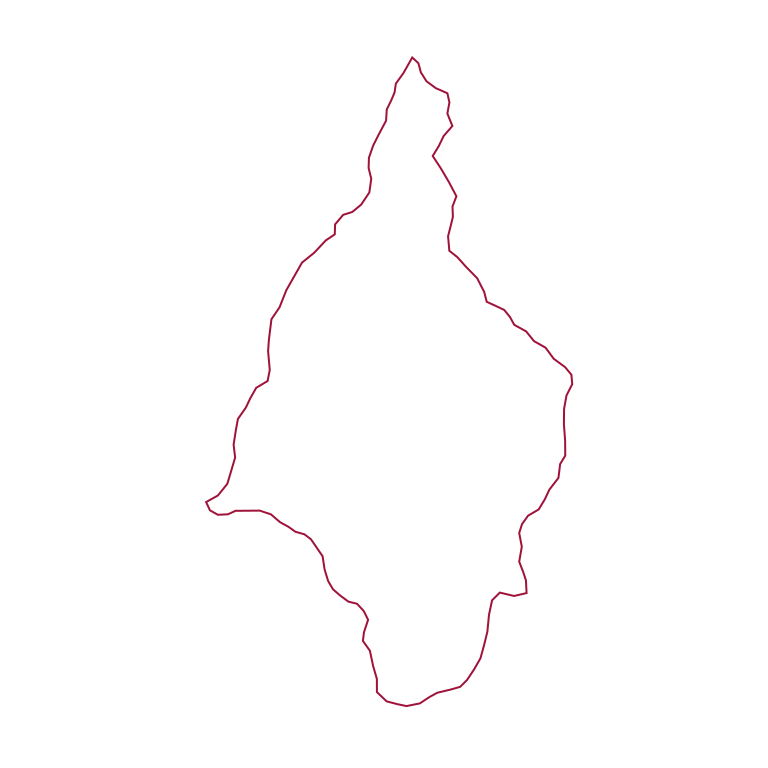 Bilac, São Paulo, Brazil, rotated 355°
{"feature_id": "56859067B71292671685512", "entity_name": "Bilac", "entity_type": "district", "adm_level": 2, "iso_a3": "BRA", "parent_name": "Brazil", "parent_adm1": "São Paulo", "projection": "albers", "projection_center": [-50.48, -21.416], "detail": "fine", "context": "isolated", "style": "outline", "palette": "rose", "viewbox_px": 768, "rotation_deg": 355, "n_neighbors": 0, "source": "geoboundaries", "source_scale": "gbopen_adm2", "svg_char_len": 1813}
<svg xmlns="http://www.w3.org/2000/svg" viewBox="0 0 768 768"><g transform="rotate(355 384 384)"><path d="M196.5,486.1L199.6,494.7L207.1,499.8L217.2,500.2L225.0,497.4L249.1,499.3L260.0,504.0L268.4,512.6L276.2,517.8L282.9,523.5L291.6,526.8L297.7,532.3L307.8,550.2L308.7,563.8L311.2,575.5L315.3,584.1L322.1,591.1L329.6,597.7L338.0,600.6L344.1,608.5L347.6,617.5L342.4,629.6L340.6,638.1L346.7,648.5L348.6,664.1L351.2,677.1L350.1,690.3L359.0,700.4L369.4,704.1L378.3,706.8L391.9,705.3L402.0,699.8L410.2,696.2L423.8,694.2L433.5,692.3L440.9,686.1L448.7,676.4L456.2,665.6L461.0,652.7L465.4,639.7L468.5,623.0L472.8,608.9L481.2,601.9L495.1,606.5L507.8,604.7L508.3,592.0L506.2,583.1L503.2,572.8L507.1,558.1L505.7,544.2L509.3,535.6L516.1,527.7L527.1,522.5L534.1,513.0L539.5,503.7L549.6,492.7L552.5,479.1L558.3,471.2L559.5,456.5L559.7,440.0L561.2,424.6L564.8,411.3L571.5,400.6L571.5,391.1L565.9,383.0L555.3,373.7L548.1,361.9L537.2,354.4L530.2,344.0L518.9,336.4L515.3,328.2L510.2,320.7L502.7,316.3L493.5,311.1L491.8,300.9L486.0,286.7L475.9,274.4L468.1,264.0L460.7,257.0L460.7,242.4L464.5,231.5L467.2,223.5L467.7,213.2L472.5,203.3L466.4,188.8L459.4,174.1L452.4,161.1L459.4,151.6L465.0,142.2L474.6,132.9L470.7,120.1L473.7,109.2L472.5,99.9L461.4,93.8L452.7,86.1L447.9,76.8L446.2,67.4L440.6,61.2L430.5,75.9L422.0,85.8L419.9,94.6L415.8,102.3L410.7,110.7L409.0,121.9L401.0,134.2L394.0,145.5L388.7,157.3L387.5,167.5L389.2,178.4L386.1,191.9L376.9,203.3L367.3,209.9L358.1,211.9L349.2,220.7L348.0,230.6L338.5,235.9L326.0,247.1L312.9,255.9L304.7,267.8L294.9,282.0L286.6,298.5L277.5,309.7L273.1,330.4L271.4,341.2L271.4,351.5L271.4,360.1L268.3,370.9L256.4,376.6L249.6,386.5L244.3,395.5L235.4,406.1L232.3,417.5L228.9,431.2L229.3,444.3L223.3,459.5L219.2,469.8L208.8,480.6L196.5,486.1Z" fill="none" stroke="#9f1239" stroke-width="2"/></g></svg>